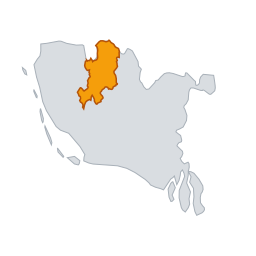 Overijssel on a map of Netherlands (Natural Earth projection), rotated 260°
{"feature_id": "NLD-899", "entity_name": "Overijssel", "entity_type": "Province", "adm_level": 1, "iso_a3": "NLD", "parent_name": "Netherlands", "parent_adm1": "", "projection": "natural_earth1", "projection_center": [6.317, 52.481], "detail": "fine", "context": "in_parent", "style": "filled", "palette": "amber", "viewbox_px": 256, "rotation_deg": 260, "n_neighbors": 0, "source": "natural_earth", "source_scale": "10m", "svg_char_len": 5597}
<svg xmlns="http://www.w3.org/2000/svg" viewBox="0 0 256 256"><g transform="rotate(260 128 128)"><path d="M165.0,221.5L159.8,221.4L154.9,221.2L152.3,220.9L149.6,219.9L148.3,217.9L146.8,215.4L147.2,213.9L151.8,209.6L152.5,208.4L152.0,207.8L152.5,205.9L156.0,199.5L156.5,196.9L154.9,195.2L152.7,194.1L145.3,192.2L141.8,189.5L140.2,187.2L138.6,186.5L136.2,187.3L130.1,188.2L125.2,186.9L119.4,182.5L118.1,178.6L117.4,175.5L115.9,174.5L114.0,176.1L111.5,178.5L106.6,178.8L105.2,178.2L104.9,176.9L104.7,175.6L103.3,174.0L101.9,173.1L95.6,177.6L93.3,177.6L90.4,175.8L89.0,174.1L85.8,175.1L82.9,177.2L83.9,181.2L82.3,181.9L78.8,181.5L74.8,179.9L70.4,178.9L63.7,176.2L54.2,178.4L47.7,175.8L42.3,175.5L38.9,173.4L35.3,169.8L37.9,167.5L40.4,166.7L50.4,166.2L57.6,167.6L70.5,175.4L73.8,175.3L77.3,174.3L75.6,172.2L72.3,171.2L67.5,169.1L63.7,166.2L72.7,165.3L71.5,163.8L70.3,161.2L60.9,152.2L62.5,149.8L65.0,144.6L68.0,140.3L70.4,139.1L74.4,136.0L83.0,127.1L88.5,119.8L92.6,111.1L98.6,87.3L100.4,83.2L103.3,78.7L106.8,79.6L109.3,80.9L118.1,77.5L133.1,68.7L137.6,61.1L141.9,57.5L159.2,50.7L168.7,48.6L183.3,48.1L193.9,46.8L206.7,46.4L211.5,50.6L214.3,53.8L218.9,55.5L225.9,56.7L225.5,62.8L225.6,75.0L225.1,77.1L222.0,82.3L218.6,91.5L217.8,97.5L216.8,98.7L203.4,98.7L201.4,99.7L201.2,101.0L201.9,102.6L201.5,104.1L200.5,105.4L201.1,107.4L203.4,109.7L207.6,111.1L212.2,111.2L214.5,111.0L216.2,112.6L217.9,115.1L217.8,118.3L217.2,122.6L215.0,126.5L208.8,131.0L206.1,132.6L203.5,133.5L202.2,134.7L201.6,136.2L201.8,137.5L206.2,141.2L206.1,142.0L204.8,143.9L203.1,145.7L191.7,149.4L187.0,149.1L184.3,151.0L183.5,151.3L180.5,149.6L173.9,147.7L171.3,148.3L170.0,149.4L165.8,150.7L162.8,152.7L162.8,155.4L168.0,162.2L169.9,163.5L170.0,166.0L172.6,169.2L175.2,173.2L175.5,175.7L175.2,178.3L173.8,182.0L169.2,190.5L169.1,192.1L169.5,193.4L171.1,193.7L172.3,194.4L172.0,195.5L163.3,201.5L162.2,202.5L158.6,202.2L158.0,203.2L158.5,204.8L159.9,206.2L163.0,206.9L165.6,208.4L167.8,211.4L165.0,221.5ZM74.8,179.9L74.0,182.4L72.0,185.1L65.2,189.0L58.1,191.6L54.5,191.3L52.0,189.9L50.7,188.5L47.0,187.1L41.8,186.4L38.5,187.9L36.2,189.3L34.2,189.1L32.7,187.9L31.6,186.1L30.1,180.5L34.0,179.4L42.3,179.1L48.8,181.0L57.3,182.0L63.9,179.3L69.0,181.6L74.8,179.9ZM60.9,156.9L65.9,160.4L66.9,161.6L67.3,162.8L61.0,164.2L54.3,159.8L49.8,160.9L48.2,158.8L48.2,157.5L52.8,156.4L60.9,156.9ZM109.3,70.4L104.2,74.9L101.2,73.7L100.3,72.6L101.9,69.0L109.3,63.1L109.3,70.4ZM131.6,50.0L126.9,50.5L124.7,49.6L136.1,47.0L143.3,46.2L144.5,46.6L131.6,50.0ZM162.0,45.3L152.0,46.3L148.7,45.5L148.1,44.8L150.8,44.3L159.3,44.2L161.9,44.9L162.0,45.3ZM120.6,55.0L111.2,59.8L110.4,59.0L116.5,54.9L120.6,55.0ZM202.5,37.3L197.9,37.5L199.2,35.8L203.5,34.5L205.9,34.5L202.5,37.3ZM182.3,41.9L175.3,44.1L173.6,43.6L174.0,43.0L180.2,41.6L182.3,41.9Z" fill="#d9dde1" stroke="#a8b0b8" stroke-width="1"/><path d="M201.9,99.1L201.0,99.6L201.4,100.3L201.3,100.9L201.1,101.4L201.1,102.0L201.5,102.4L203.1,103.5L200.3,104.6L199.5,104.7L200.1,105.7L200.3,106.8L200.4,108.0L200.7,109.0L201.7,109.9L203.0,110.4L207.0,110.8L209.6,111.6L211.1,111.8L212.4,111.7L213.7,111.4L214.1,111.1L214.5,110.6L214.8,110.5L217.9,114.5L218.6,116.1L218.2,118.5L217.2,120.4L216.8,121.3L216.8,122.5L217.2,123.9L217.5,124.4L217.7,124.5L217.5,124.9L215.3,126.0L214.7,126.5L213.5,128.0L212.5,128.7L210.3,129.4L209.4,130.3L208.2,132.1L207.6,132.5L204.6,132.8L204.0,132.4L199.0,131.6L199.5,130.6L199.5,130.3L199.5,129.6L199.4,129.4L199.3,129.2L199.1,129.1L198.6,128.9L198.2,128.8L196.4,129.2L196.2,129.1L196.0,128.9L195.9,128.6L195.7,128.3L195.5,128.2L195.2,128.2L193.7,128.4L191.8,128.2L190.6,128.4L189.1,127.2L186.7,124.5L186.6,124.4L186.3,124.0L184.8,123.8L183.0,124.4L182.3,124.8L181.8,124.9L178.6,125.0L175.0,124.4L174.5,124.4L174.4,124.5L173.9,124.8L173.5,125.2L173.4,125.2L172.8,124.9L172.7,124.7L172.6,124.4L172.8,124.0L172.7,123.7L171.9,123.3L171.7,123.2L171.7,122.8L171.7,122.3L170.8,120.4L169.8,120.0L169.5,119.8L169.0,119.2L168.9,118.9L168.9,118.5L169.4,117.1L169.9,116.5L169.8,116.2L169.6,115.8L169.7,115.7L169.8,115.6L171.5,115.1L172.3,113.6L172.3,112.8L172.3,112.6L172.2,112.5L171.1,111.3L170.7,110.5L170.3,109.5L170.0,109.1L169.6,108.8L168.7,108.1L168.3,107.5L168.0,107.0L167.6,106.9L167.0,106.7L165.5,107.3L163.9,108.3L162.4,108.7L162.0,108.6L161.6,108.4L160.6,106.8L159.9,106.0L159.4,106.0L158.7,106.0L157.7,102.3L157.0,101.8L157.0,101.1L157.5,100.6L160.1,99.6L160.8,99.6L161.1,99.7L161.9,99.8L162.4,99.8L164.8,99.1L166.5,98.4L165.3,97.4L164.4,97.0L162.3,96.5L161.9,96.3L161.7,96.2L161.8,96.1L162.2,95.8L162.4,95.5L162.7,95.1L162.3,93.4L161.6,91.8L161.2,91.3L160.7,90.7L158.3,89.2L154.6,87.7L156.5,86.9L157.1,87.3L157.3,87.4L158.7,87.6L159.0,87.6L159.4,87.5L160.9,86.8L161.1,86.6L161.3,86.4L161.5,86.1L161.7,85.9L161.8,85.7L162.1,85.6L163.1,85.4L163.3,85.3L163.4,85.2L163.6,85.2L163.8,85.3L164.4,86.0L164.9,86.3L165.1,86.4L167.1,86.5L167.8,85.9L167.9,85.5L168.0,85.4L168.9,85.2L169.9,85.1L172.0,84.4L174.6,86.8L175.0,87.1L175.5,87.6L175.9,88.1L175.7,88.7L173.9,90.1L172.5,90.6L172.1,91.2L173.8,94.8L174.1,95.0L174.4,95.4L174.5,95.5L175.1,95.8L175.4,95.8L175.9,95.6L176.1,95.3L176.5,95.3L177.3,95.5L178.9,96.4L179.3,96.5L181.7,96.4L181.9,96.5L182.3,97.0L183.1,97.5L184.0,98.2L184.4,98.6L184.8,99.5L185.0,99.7L185.4,99.7L186.6,99.4L186.9,99.2L187.2,99.1L187.3,99.1L187.5,99.2L187.7,99.4L187.9,99.6L188.2,99.7L188.5,99.7L188.9,99.5L189.1,99.3L189.5,99.3L189.8,99.3L191.9,100.1L191.7,98.2L191.8,97.9L192.5,97.4L194.9,96.4L196.4,96.2L197.1,96.2L200.7,97.5L201.0,97.7L201.2,97.8L201.2,98.3L201.3,98.9L201.8,99.1L201.9,99.1Z" fill="#f59e0b" stroke="#b45309" stroke-width="1.5"/></g></svg>